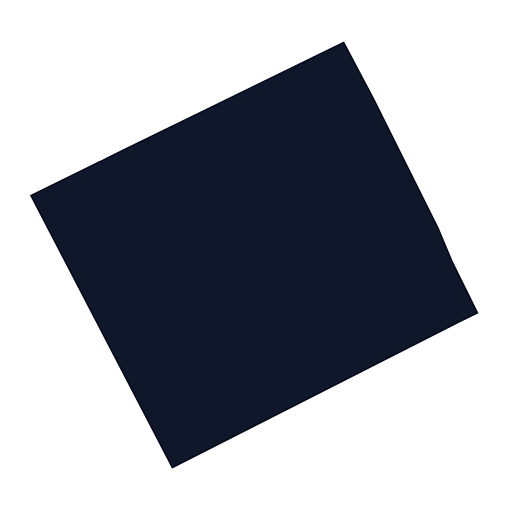 Iroquois, Illinois, United States of America, rotated 244°
{"feature_id": "52423323B9331267703461", "entity_name": "Iroquois", "entity_type": "district", "adm_level": 2, "iso_a3": "USA", "parent_name": "United States of America", "parent_adm1": "Illinois", "projection": "orthographic", "projection_center": [-87.66, 40.748], "detail": "fine", "context": "isolated", "style": "filled", "palette": "ink", "viewbox_px": 512, "rotation_deg": 244, "n_neighbors": 0, "source": "geoboundaries", "source_scale": "gbopen_adm2", "svg_char_len": 409}
<svg xmlns="http://www.w3.org/2000/svg" viewBox="0 0 512 512"><g transform="rotate(244 256 256)"><path d="M409.4,263.6L409.4,184.8L409.3,167.8L409.3,167.2L409.1,158.1L409.3,157.2L409.2,146.3L409.2,146.2L409.0,80.2L102.5,88.1L107.8,410.6L107.8,430.1L165.9,429.8L200.9,431.8L345.4,430.5L409.5,428.4L409.5,428.2L409.5,399.0L409.5,398.8L409.4,263.6Z" fill="#0f172a" stroke="#020617" stroke-width="1.5"/></g></svg>